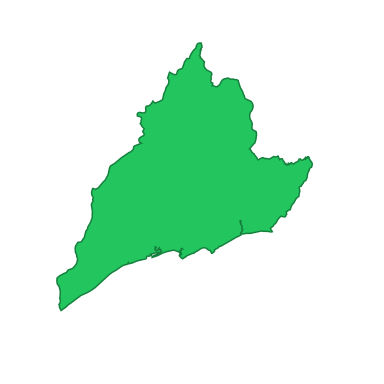 Atacames, Esmeraldas, Ecuador (Natural Earth projection), rotated 194°
{"feature_id": "8360857B71031597583616", "entity_name": "Atacames", "entity_type": "district", "adm_level": 2, "iso_a3": "ECU", "parent_name": "Ecuador", "parent_adm1": "Esmeraldas", "projection": "natural_earth1", "projection_center": [-79.87, 0.796], "detail": "fine", "context": "isolated", "style": "filled", "palette": "green", "viewbox_px": 384, "rotation_deg": 194, "n_neighbors": 0, "source": "geoboundaries", "source_scale": "gbopen_adm2", "svg_char_len": 6060}
<svg xmlns="http://www.w3.org/2000/svg" viewBox="0 0 384 384"><g transform="rotate(194 192 192)"><path d="M220.6,338.4L222.1,337.6L222.6,336.9L223.1,334.9L223.0,333.0L223.4,331.9L224.7,330.1L226.2,326.1L226.8,323.1L226.8,321.2L227.1,320.7L229.0,320.4L229.5,319.7L230.8,316.1L230.8,314.2L231.4,309.4L233.8,308.0L234.8,307.0L235.4,305.6L235.4,302.9L235.7,302.3L236.6,301.8L238.4,301.7L242.8,302.8L243.2,296.5L242.2,295.8L241.6,294.7L241.1,293.6L241.0,292.3L241.2,290.5L242.5,286.8L242.4,283.9L243.1,280.4L242.9,274.4L246.0,271.6L249.1,269.5L250.1,269.4L251.9,270.8L252.7,268.3L253.8,266.2L255.2,264.8L256.7,264.5L257.2,263.9L257.4,262.5L256.4,259.8L256.5,258.4L256.9,257.4L259.5,256.7L262.2,256.6L263.5,255.7L264.0,254.4L263.5,252.6L260.4,252.5L259.2,252.1L258.7,251.0L258.7,249.2L258.3,247.9L258.8,245.9L258.4,245.4L257.5,245.0L256.5,243.6L253.7,241.9L254.5,238.7L252.6,237.0L252.3,235.7L252.7,234.8L254.1,233.8L255.8,231.9L256.1,231.3L256.2,229.8L255.7,228.6L254.7,227.6L252.9,227.1L259.0,222.7L259.5,222.0L259.3,219.0L261.1,216.2L262.6,215.1L268.7,208.3L273.9,201.1L277.3,197.7L277.6,197.0L277.8,195.0L277.6,188.5L279.1,182.5L280.5,180.4L284.0,173.3L286.3,171.2L288.8,171.6L289.3,171.3L289.4,167.8L289.2,166.9L288.4,164.7L286.5,162.9L286.6,160.6L285.7,159.2L286.5,156.9L286.6,155.4L283.9,149.0L283.1,144.7L282.6,143.4L283.1,138.2L284.6,132.8L284.4,131.1L284.9,129.6L285.2,129.4L285.5,128.0L285.5,121.4L286.0,120.9L287.3,117.0L288.4,116.3L290.3,115.7L290.7,115.3L291.3,112.9L291.8,112.0L291.9,110.6L291.7,108.7L291.1,107.5L290.8,105.8L288.7,103.0L288.3,101.7L287.2,100.1L286.6,98.3L286.8,96.8L286.5,95.7L287.2,93.0L289.4,88.9L293.1,86.5L293.5,85.9L294.5,83.4L297.3,81.4L297.6,80.9L300.4,78.5L300.7,77.7L301.8,76.5L302.1,75.7L301.6,72.9L300.5,70.3L298.0,68.0L295.8,63.9L294.7,58.7L294.7,56.8L293.7,55.5L293.1,52.7L293.9,50.8L293.2,49.7L292.6,47.9L290.4,45.3L287.1,49.1L285.4,51.5L285.0,52.5L283.3,54.2L274.8,64.7L269.2,69.1L266.4,71.8L263.0,75.6L252.3,91.9L250.0,94.7L246.8,97.7L241.8,103.5L239.3,105.2L237.4,106.1L236.7,107.4L236.7,107.8L236.1,107.0L235.5,107.1L234.8,107.8L233.4,108.3L228.2,112.1L220.7,115.9L220.2,116.6L220.4,118.3L220.1,118.9L218.2,119.3L216.1,120.6L216.0,121.3L216.5,121.4L217.0,121.1L217.4,120.3L217.4,121.1L217.0,121.8L212.5,124.1L208.1,125.9L207.8,126.3L207.7,127.2L207.9,127.8L208.4,128.2L209.6,128.2L210.1,129.5L210.9,127.4L212.1,126.3L213.0,126.3L213.8,126.9L214.3,128.0L213.6,129.7L215.0,129.8L214.0,130.1L213.5,129.8L213.4,129.2L214.0,127.9L213.3,126.9L212.8,126.6L212.3,126.6L211.3,127.4L210.5,129.6L210.1,130.0L209.5,128.6L207.9,128.2L207.3,127.1L207.5,126.3L208.4,125.3L209.4,124.6L211.8,122.2L213.1,121.7L213.9,120.8L215.1,119.3L214.9,118.8L209.8,122.1L205.6,125.8L201.5,128.3L195.7,131.2L190.4,130.7L189.1,130.1L188.0,128.8L187.7,128.7L187.5,129.2L187.9,130.1L189.6,131.4L189.5,132.0L188.4,133.0L188.9,133.9L188.2,134.9L187.5,134.6L188.5,134.2L188.1,132.9L189.3,131.4L187.7,130.3L187.1,129.2L187.7,128.2L188.8,128.7L188.9,127.1L186.9,125.7L185.1,124.9L183.9,125.9L183.5,126.7L182.3,127.6L181.3,129.1L177.0,132.3L175.2,133.2L173.9,135.0L172.8,135.8L169.4,139.5L167.4,140.7L165.2,141.0L162.3,139.8L160.0,139.4L159.5,139.1L158.5,137.5L158.0,137.3L157.4,137.6L155.9,139.7L155.9,141.6L152.8,144.5L152.6,145.8L151.6,146.0L150.8,146.5L138.3,158.6L136.2,160.2L134.1,162.2L134.1,162.5L134.6,163.3L134.9,164.2L134.0,165.8L134.0,167.5L134.8,168.2L135.3,170.9L137.3,172.7L137.0,173.7L137.7,174.0L137.9,174.3L137.6,175.9L138.2,175.1L138.5,175.4L137.8,176.1L137.5,176.1L137.4,175.8L137.6,174.3L136.8,173.8L137.0,172.7L135.2,171.1L134.6,168.6L133.8,167.9L133.8,166.0L134.6,164.0L134.4,163.3L134.0,163.0L129.2,165.0L125.3,166.0L115.0,171.1L113.7,171.0L109.1,172.1L105.8,172.3L104.5,172.9L105.4,173.9L106.5,174.7L106.9,175.5L106.9,176.2L104.9,178.6L104.5,180.5L103.4,181.6L102.9,182.8L102.0,186.3L100.2,189.7L99.6,190.0L96.1,190.2L95.4,190.6L95.2,192.4L94.7,193.1L95.7,195.6L94.7,196.5L93.9,197.8L92.4,198.5L92.2,202.1L91.8,203.8L90.7,205.8L89.4,210.6L88.7,211.9L87.2,213.6L87.7,216.7L87.5,218.3L88.1,220.3L88.9,221.5L89.0,222.5L88.5,223.5L87.4,224.0L87.3,225.2L86.3,227.2L85.9,229.1L84.4,230.8L84.1,231.4L83.8,233.8L84.2,237.0L84.1,239.4L83.5,241.3L83.7,242.8L83.3,243.7L82.0,245.0L81.9,247.5L82.5,249.2L83.9,250.6L84.8,251.0L85.7,252.3L86.4,252.7L86.5,253.5L86.9,254.0L87.7,254.4L88.4,254.1L88.6,253.6L88.4,252.8L88.7,252.6L90.1,253.3L90.5,252.3L89.8,251.4L89.8,251.1L91.2,251.2L91.6,250.4L93.3,249.3L93.9,249.4L94.7,250.3L95.9,249.8L96.2,249.4L96.1,248.7L96.3,247.8L97.7,246.3L98.5,245.9L100.2,243.7L100.5,243.6L102.2,244.4L103.0,244.5L103.1,243.1L104.0,242.8L104.9,243.3L105.4,243.3L105.0,241.9L105.8,242.1L106.3,241.1L107.7,242.2L108.1,241.5L108.4,241.5L108.7,242.4L109.6,242.8L109.8,243.5L111.5,244.8L112.3,246.0L112.8,246.1L113.7,245.7L114.6,244.6L114.9,245.2L115.7,245.4L116.1,246.0L116.2,246.6L117.2,247.7L117.7,247.4L117.9,246.9L120.0,246.0L121.2,246.3L124.6,242.9L126.4,242.5L128.4,242.5L129.4,242.0L130.8,242.5L131.7,242.4L133.8,241.0L134.9,239.7L135.8,239.2L137.8,241.3L140.2,243.1L141.0,244.0L143.0,244.7L145.6,247.4L146.6,247.6L144.2,252.7L142.9,254.8L142.7,258.3L143.2,262.9L143.8,264.9L144.3,266.0L148.8,267.3L149.7,270.0L149.9,271.9L150.2,273.0L150.8,274.2L153.1,276.6L154.3,279.1L154.8,281.6L154.5,283.7L153.6,285.6L153.3,288.3L153.5,290.2L154.5,292.2L155.6,293.4L157.2,294.4L163.1,295.4L164.8,298.3L165.9,299.5L166.9,301.3L170.5,305.2L173.3,309.7L174.1,311.3L175.7,311.8L177.2,311.5L179.1,311.5L182.0,310.8L183.9,311.2L185.4,311.1L186.4,310.2L188.1,309.6L189.6,308.1L190.3,306.3L191.1,303.0L192.9,300.5L193.6,300.1L194.8,299.9L196.2,300.2L198.2,300.0L197.9,301.5L198.2,302.7L199.7,302.9L200.3,303.4L200.7,304.3L200.7,306.3L201.6,308.9L201.4,310.3L201.1,310.8L201.8,312.2L202.5,312.8L207.4,314.0L209.5,315.6L210.9,317.1L211.4,319.8L211.3,320.6L211.5,321.4L213.5,322.5L214.7,323.6L216.5,324.3L216.7,325.6L217.6,326.2L217.5,328.3L217.7,330.1L218.3,331.1L218.2,331.6L217.4,332.0L218.2,333.2L217.3,334.6L217.4,335.1L218.0,336.9L218.8,337.7L219.0,338.7L220.6,338.4Z" fill="#22c55e" stroke="#15803d" stroke-width="1.5"/></g></svg>